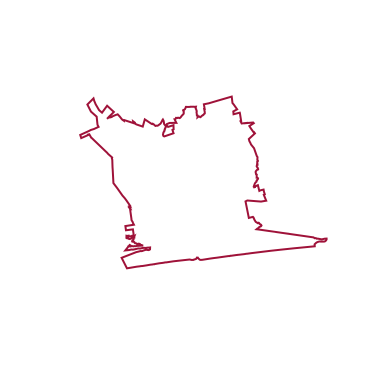 Acapetahua, Chiapas, Mexico, rotated 307°
{"feature_id": "50627088B93400387524803", "entity_name": "Acapetahua", "entity_type": "district", "adm_level": 2, "iso_a3": "MEX", "parent_name": "Mexico", "parent_adm1": "Chiapas", "projection": "mercator", "projection_center": [-92.769, 15.222], "detail": "fine", "context": "isolated", "style": "outline", "palette": "rose", "viewbox_px": 384, "rotation_deg": 307, "n_neighbors": 0, "source": "geoboundaries", "source_scale": "gbopen_adm2", "svg_char_len": 6094}
<svg xmlns="http://www.w3.org/2000/svg" viewBox="0 0 384 384"><g transform="rotate(307 192 192)"><path d="M232.4,125.1L231.8,125.1L228.9,125.6L227.6,125.7L224.8,124.9L224.1,124.5L223.6,123.7L222.8,123.1L222.8,122.1L223.0,121.0L222.9,119.5L222.3,119.4L222.1,118.8L221.6,110.6L214.6,113.3L212.5,106.9L212.4,106.0L212.5,105.3L212.6,105.0L212.9,104.9L213.0,104.7L213.0,102.5L211.8,103.8L208.6,94.4L208.1,94.4L207.9,94.6L207.8,93.1L207.9,92.2L208.8,88.8L209.3,85.9L208.9,85.7L208.2,85.1L206.9,84.3L204.6,83.0L203.5,82.7L202.0,81.5L201.5,80.6L199.3,80.1L202.8,80.5L205.7,81.0L208.9,81.4L209.8,72.3L201.2,72.4L201.4,69.3L201.5,68.4L202.7,65.6L204.1,62.2L205.2,60.4L205.7,59.4L207.5,57.0L198.9,55.8L195.4,62.9L194.8,70.5L188.8,76.1L187.8,78.2L183.3,75.8L180.7,73.9L179.0,73.1L178.2,72.7L170.3,68.4L168.4,71.1L175.2,74.9L175.4,74.5L176.3,75.2L174.7,78.9L174.8,79.2L173.5,90.1L172.5,98.4L172.3,100.4L171.9,102.2L171.5,107.5L170.6,107.8L169.8,108.9L164.1,113.5L161.9,115.4L151.8,123.9L150.1,129.9L147.3,138.6L146.6,142.0L145.8,144.7L143.6,151.3L143.4,151.3L142.9,150.8L142.6,152.0L141.8,151.1L141.1,153.4L140.8,153.1L137.5,156.4L134.3,159.6L133.3,160.5L133.0,160.9L132.5,162.4L131.8,163.4L130.9,165.3L124.7,159.3L121.7,162.3L126.6,167.3L122.4,171.5L122.1,171.2L121.4,170.9L121.1,170.5L120.3,170.3L120.0,169.9L119.2,169.1L118.3,168.4L119.0,167.7L117.8,166.5L117.6,166.0L115.8,167.3L115.8,167.6L116.1,168.1L116.4,168.0L116.6,168.2L116.4,168.8L116.5,169.6L116.8,170.4L117.0,170.6L117.7,171.1L118.4,171.3L118.7,171.6L119.6,171.6L120.6,171.5L120.8,171.5L121.1,171.9L121.3,172.1L121.5,172.6L121.9,172.7L121.6,172.8L121.1,173.2L120.9,172.7L120.7,172.7L120.2,173.2L119.5,173.5L119.1,173.8L118.6,174.0L118.3,174.0L118.0,173.7L117.4,173.6L116.8,173.7L116.5,173.9L116.4,174.1L116.6,174.5L117.1,175.4L117.3,175.9L117.3,176.1L116.8,177.0L116.8,177.4L117.3,178.0L117.4,178.4L117.3,179.0L118.1,180.1L118.5,180.3L119.0,181.2L119.1,182.0L118.9,182.6L118.9,183.0L119.3,183.6L119.6,184.8L119.9,185.3L115.8,180.4L114.7,179.5L114.0,178.4L113.4,178.0L112.7,176.6L112.1,176.1L111.5,175.7L111.1,175.2L111.0,174.5L112.0,175.2L112.2,175.3L112.3,175.2L112.2,174.1L105.2,173.9L107.9,176.8L109.5,178.1L110.5,179.6L112.3,181.2L113.8,182.4L114.5,183.0L115.7,184.7L117.9,186.5L119.5,188.7L121.1,190.3L121.7,191.1L122.5,191.9L120.9,193.0L120.2,192.8L119.4,192.2L118.2,190.0L116.0,188.4L115.1,187.9L114.4,187.3L113.9,186.5L112.7,185.5L111.9,184.9L110.5,183.7L97.1,175.4L91.9,186.0L99.1,192.8L101.4,195.2L102.2,195.9L103.0,196.9L106.1,199.9L108.9,202.5L110.4,204.1L110.9,204.5L111.3,205.0L111.6,205.4L111.9,205.5L115.3,208.7L117.9,211.4L118.2,211.6L118.6,212.1L119.5,212.8L120.4,213.9L125.5,218.9L135.6,229.6L136.7,230.8L137.4,232.4L138.5,233.9L138.9,234.2L139.1,234.2L139.4,234.3L139.8,234.7L140.9,235.5L141.8,235.5L142.6,235.4L143.1,236.2L142.8,236.6L142.7,237.9L142.6,238.9L142.8,239.5L143.0,239.8L144.1,241.1L149.7,246.5L152.3,249.1L154.5,251.4L162.6,259.5L163.5,260.6L164.1,260.9L164.2,261.2L168.4,265.4L168.7,265.8L169.1,266.1L170.0,267.1L174.0,271.3L175.2,272.4L176.1,273.4L178.7,276.0L192.1,289.9L200.0,298.3L208.3,307.2L222.5,322.7L224.0,321.4L225.4,321.6L226.7,321.9L228.1,322.7L229.1,323.5L229.6,324.1L229.8,324.6L231.6,327.0L232.4,327.8L233.3,328.1L234.1,328.2L235.2,328.0L235.8,327.5L234.5,326.0L232.3,324.2L230.4,320.4L229.8,319.8L229.7,318.6L228.9,317.8L228.9,316.4L202.1,267.7L201.1,266.0L202.1,266.2L203.1,266.7L204.5,266.8L206.1,267.7L207.0,267.7L207.3,267.1L207.4,266.8L207.2,265.3L207.6,264.2L207.6,263.8L206.8,263.5L206.6,263.2L206.6,262.9L206.7,262.3L206.5,260.9L206.8,260.0L207.0,259.7L207.3,258.9L207.4,258.5L207.8,258.0L207.9,257.6L208.3,257.2L208.4,256.9L208.4,256.6L208.7,256.3L208.8,255.6L205.5,253.0L216.7,240.4L218.5,241.3L225.9,252.9L229.7,256.5L233.0,251.0L234.0,251.5L235.6,249.2L237.0,247.7L234.6,245.7L233.4,245.1L237.1,240.5L234.2,238.9L233.8,239.3L233.3,238.9L233.8,238.4L233.5,238.2L232.9,238.7L233.5,238.0L236.6,237.1L237.8,237.0L239.1,237.3L240.0,236.7L240.6,236.9L241.1,236.7L241.2,236.8L241.7,236.8L241.8,236.8L242.2,236.8L242.7,236.5L242.7,235.1L242.5,234.9L243.7,234.1L244.5,233.2L244.6,233.3L244.9,233.2L244.9,232.7L244.8,232.4L246.2,230.8L246.9,230.5L248.9,230.6L249.1,230.7L249.7,231.1L249.8,231.2L250.1,231.1L250.4,230.4L250.7,230.2L251.0,229.6L251.1,228.9L251.5,228.1L252.5,227.7L252.9,227.5L253.2,227.9L253.7,227.5L253.6,227.3L254.1,226.8L255.4,226.0L255.5,225.9L255.8,226.1L256.1,226.1L256.4,225.7L256.8,225.6L257.0,224.8L259.3,223.3L259.7,222.1L264.3,215.2L265.3,211.2L265.5,210.5L266.4,208.9L267.1,207.3L268.5,205.5L276.7,207.0L277.1,205.6L276.7,205.5L278.1,201.0L279.2,198.1L284.1,199.9L284.3,199.0L279.4,193.6L279.6,193.6L276.6,190.4L277.7,188.2L278.2,188.6L283.8,182.8L284.1,182.4L279.1,178.4L281.2,176.5L285.2,178.3L287.0,172.6L287.4,170.8L292.1,166.3L279.8,157.1L272.9,152.0L269.2,148.7L265.9,152.2L265.6,151.8L263.6,154.0L262.5,154.9L262.2,154.9L261.9,154.7L260.5,154.7L260.0,154.4L259.8,154.5L259.5,154.4L258.8,154.0L257.1,153.8L256.7,153.6L256.6,152.2L256.1,151.8L255.0,151.5L256.0,151.0L256.4,150.7L256.5,150.5L256.1,149.8L258.1,148.0L258.5,147.5L259.0,147.4L259.3,147.2L259.7,146.8L260.3,145.8L260.7,145.4L260.8,144.8L261.3,144.3L261.8,144.1L262.5,143.8L261.4,142.6L261.2,142.1L259.1,139.4L258.9,139.3L258.6,138.9L258.2,138.5L256.3,135.9L255.1,136.3L254.7,136.3L253.9,136.5L253.1,136.3L252.6,136.1L252.3,135.7L252.0,135.7L251.7,135.9L251.6,136.7L251.3,137.0L250.8,137.2L250.4,137.7L250.0,138.0L249.7,138.0L249.4,138.2L248.8,138.3L247.6,138.0L246.6,138.0L246.1,137.9L245.0,138.0L243.9,137.8L243.6,137.7L243.4,137.2L243.2,136.8L243.0,136.2L242.8,136.0L242.3,135.8L241.6,134.6L240.2,134.9L239.6,134.3L237.8,137.9L233.8,132.7L233.4,132.4L231.0,131.0L230.2,131.3L229.9,131.9L229.6,133.7L234.2,137.0L231.0,139.6L229.8,139.0L227.8,141.9L219.7,136.4L219.5,135.6L220.2,134.4L222.2,133.4L223.4,133.2L223.7,133.4L224.7,132.8L225.2,132.9L225.5,132.8L225.8,132.4L226.1,132.3L226.8,132.1L227.5,132.2L228.1,132.0L228.4,131.7L229.0,131.0L229.2,130.1L229.2,129.9L229.4,129.2L229.6,128.7L230.3,128.0L230.6,127.8L231.8,126.4L232.4,125.1Z" fill="none" stroke="#9f1239" stroke-width="2"/></g></svg>